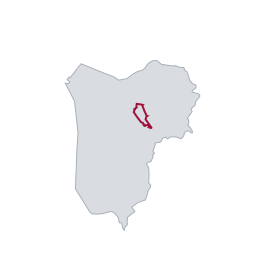 location of Samarra, Sala ad-Din, Iraq, rotated 53°
{"feature_id": "34846034B32095770002268", "entity_name": "Samarra", "entity_type": "district", "adm_level": 2, "iso_a3": "IRQ", "parent_name": "Iraq", "parent_adm1": "Sala ad-Din", "projection": "mercator", "projection_center": [43.854, 34.328], "detail": "fine", "context": "in_parent", "style": "outline", "palette": "rose", "viewbox_px": 256, "rotation_deg": 53, "n_neighbors": 0, "source": "geoboundaries", "source_scale": "gbopen_adm2", "svg_char_len": 4554}
<svg xmlns="http://www.w3.org/2000/svg" viewBox="0 0 256 256"><g transform="rotate(53 128 128)"><path d="M106.8,52.3L108.4,51.9L111.3,49.5L113.0,47.2L113.6,47.0L115.1,47.7L116.2,47.9L118.8,47.1L120.3,47.5L121.5,48.1L122.2,48.1L125.7,49.6L126.5,49.7L128.3,49.9L130.9,50.0L132.6,49.1L133.8,48.2L134.6,48.2L135.4,48.4L136.1,48.8L136.7,49.5L136.9,50.4L136.8,53.5L137.1,54.3L137.5,54.9L138.1,55.0L138.8,54.3L140.1,53.4L141.6,52.3L142.8,51.3L143.4,51.0L144.4,51.0L145.5,51.2L146.0,51.7L146.0,51.8L146.5,53.3L147.9,58.7L148.7,59.3L149.5,59.9L150.1,60.7L150.4,61.5L150.3,62.8L150.3,64.2L150.7,65.3L151.2,66.2L151.7,66.6L152.4,66.6L153.2,66.8L153.8,67.6L155.6,73.7L155.7,74.5L156.5,74.8L157.7,74.7L159.0,75.3L160.3,76.3L161.6,78.1L162.5,78.4L165.2,78.1L168.9,78.4L170.6,79.4L170.4,80.0L169.1,80.6L166.7,81.4L166.0,82.7L165.7,84.4L165.7,85.3L166.3,86.4L168.0,88.4L168.0,89.2L168.3,90.2L168.6,90.9L168.3,92.3L166.8,93.3L164.8,94.3L160.9,98.9L160.6,99.8L160.6,102.5L160.2,103.3L159.0,103.3L158.0,103.2L157.9,104.1L157.3,105.4L157.0,106.4L158.4,109.0L158.7,110.4L158.4,111.6L157.1,113.8L156.3,115.2L156.5,115.5L157.5,116.1L160.8,120.8L161.9,122.4L163.2,122.0L163.8,122.0L164.2,122.3L164.4,122.8L164.4,123.5L164.1,124.6L165.8,125.0L166.5,126.1L168.5,129.7L168.4,130.8L167.4,132.5L167.4,133.6L167.6,134.6L168.0,135.0L171.0,135.1L172.3,135.5L175.4,137.4L179.0,140.2L181.9,142.5L184.4,144.5L187.1,144.4L187.8,144.7L188.5,145.3L189.2,146.9L190.8,150.6L192.1,151.8L194.1,154.7L195.9,157.4L194.7,161.1L193.5,165.0L193.5,169.9L193.5,172.5L196.1,172.7L198.9,172.8L198.9,175.9L198.9,179.1L199.0,182.7L199.8,182.9L201.1,183.6L201.7,184.8L202.4,185.5L203.3,185.6L204.1,186.1L205.0,187.2L205.3,188.0L205.0,188.5L205.2,189.4L205.8,190.8L206.5,191.4L207.6,192.2L206.1,192.7L204.5,192.3L201.0,190.7L199.9,190.7L198.4,191.3L198.4,191.8L194.7,190.1L193.4,189.7L192.9,189.7L190.8,189.7L187.8,190.0L186.1,190.7L184.8,191.5L184.3,192.2L184.1,192.6L183.1,194.8L182.0,197.7L180.9,200.2L178.7,203.7L177.4,205.4L174.8,208.4L171.9,209.0L165.3,208.4L158.0,207.8L150.7,207.1L145.2,206.6L144.8,206.5L139.4,202.1L135.2,198.7L129.9,194.3L124.4,189.9L118.9,185.4L114.9,182.2L110.1,178.0L105.7,174.1L102.2,171.1L97.7,168.4L94.2,166.3L89.1,163.3L85.0,160.8L81.5,158.8L76.2,155.5L74.4,154.7L68.8,153.6L63.5,152.7L58.1,151.7L54.4,151.1L56.8,148.8L56.1,146.7L54.4,147.1L52.7,147.6L51.8,144.4L53.0,144.0L51.9,139.8L50.7,135.4L49.5,131.2L48.4,126.9L53.0,124.1L56.4,122.1L61.3,119.2L65.9,116.4L70.4,113.7L75.2,110.7L79.6,108.1L83.6,107.0L84.4,106.2L86.3,102.5L87.8,99.4L87.9,98.7L87.9,94.3L88.2,89.1L88.7,86.3L89.6,83.9L90.4,82.1L90.5,80.4L90.4,78.7L89.5,76.1L88.7,73.4L88.8,70.7L88.9,69.3L89.5,67.1L90.4,65.5L91.4,64.4L95.3,63.4L97.5,62.8L100.5,59.8L102.3,58.1L104.8,55.4L106.7,53.3L106.8,52.6L106.8,52.3Z" fill="#d9dde1" stroke="#a8b0b8" stroke-width="1"/><path d="M130.0,105.5L129.9,105.6L129.4,105.9L129.2,105.8L129.0,105.7L128.9,105.7L128.6,105.5L128.4,105.5L127.8,105.4L127.5,105.3L127.1,105.2L126.6,105.1L125.9,105.0L125.2,104.8L124.7,104.7L123.7,104.5L122.8,104.2L121.9,103.9L120.2,103.5L120.0,103.4L119.6,103.3L118.5,103.0L118.5,102.7L118.5,102.2L118.3,102.3L118.1,102.5L117.7,102.9L117.1,103.4L116.6,103.9L116.3,104.2L115.5,105.0L114.8,105.7L114.4,106.0L114.0,106.5L114.9,107.4L115.4,107.9L116.0,108.5L116.8,108.7L116.8,109.7L116.8,109.9L116.8,110.3L116.8,110.7L116.8,111.0L116.7,111.4L117.4,111.4L117.6,111.9L117.7,112.2L117.8,112.4L117.8,112.6L118.2,113.0L118.9,113.9L119.7,113.9L120.5,113.9L124.3,114.1L124.9,114.1L126.2,114.1L130.9,114.1L131.2,114.1L131.3,114.0L131.4,113.9L131.6,113.8L131.9,113.7L132.0,113.6L132.4,113.4L132.5,113.3L132.8,113.1L133.1,113.0L133.3,113.1L133.5,113.2L133.8,113.1L134.0,113.3L134.3,113.5L134.6,113.5L134.7,113.4L134.7,113.2L134.8,113.2L134.9,113.3L135.0,113.3L135.4,113.4L135.6,113.4L135.8,113.3L136.0,113.4L136.0,113.5L136.2,113.4L136.3,113.3L136.5,113.3L136.6,113.2L136.4,112.8L136.2,112.6L136.4,112.2L136.8,111.8L137.1,111.2L137.2,110.9L137.3,110.6L137.5,110.5L137.8,110.2L138.0,110.1L138.3,110.1L138.6,110.0L138.9,110.0L139.2,110.0L139.7,110.0L139.8,110.2L140.0,110.3L140.0,110.5L140.0,111.0L140.2,110.9L140.4,110.7L140.6,110.4L140.9,110.1L141.1,109.9L141.4,109.9L141.6,109.9L141.7,109.6L141.8,109.5L141.9,109.4L141.9,109.2L141.7,109.0L141.1,109.0L140.3,109.0L139.4,109.0L138.6,109.0L136.7,108.9L135.6,108.9L134.8,108.8L134.4,108.8L134.1,108.8L133.4,108.8L133.0,108.8L131.7,108.8L131.5,108.5L131.4,108.4L131.3,108.2L131.0,107.8L130.6,107.4L130.4,107.1L130.3,106.9L130.0,106.5L130.0,106.3L130.0,105.5Z" fill="none" stroke="#9f1239" stroke-width="2"/></g></svg>